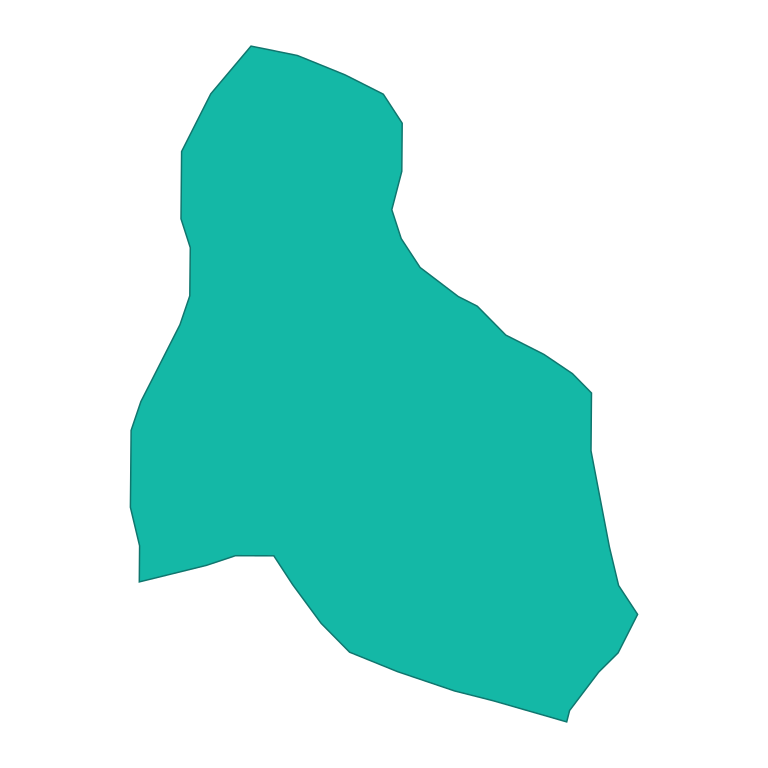 outline of Songhwa, Hwanghae-namdo, North Korea
{"feature_id": "82179303B30689671895320", "entity_name": "Songhwa", "entity_type": "district", "adm_level": 2, "iso_a3": "PRK", "parent_name": "North Korea", "parent_adm1": "Hwanghae-namdo", "projection": "robinson", "projection_center": [125.113, 38.357], "detail": "fine", "context": "isolated", "style": "filled", "palette": "teal", "viewbox_px": 768, "rotation_deg": 0, "n_neighbors": 0, "source": "geoboundaries", "source_scale": "gbopen_adm2", "svg_char_len": 715}
<svg xmlns="http://www.w3.org/2000/svg" viewBox="0 0 768 768"><path d="M566.7,721.9L569.6,710.5L598.7,672.1L618.1,652.9L637.6,614.4L618.6,585.5L609.4,547.0L600.2,498.9L591.0,450.8L591.4,402.7L591.5,393.0L572.5,373.7L543.9,354.4L505.8,335.1L477.3,306.2L458.2,296.5L420.1,267.5L401.2,238.6L391.8,209.7L401.8,171.3L402.2,123.2L383.3,94.2L345.1,74.9L297.4,55.5L251.0,46.1L210.8,93.8L181.6,151.5L181.0,218.8L190.3,247.7L189.8,295.8L180.0,324.6L150.7,382.3L140.9,401.5L131.1,430.4L130.7,478.5L130.4,507.3L139.6,545.8L139.3,581.9L168.1,574.8L206.6,565.3L235.4,555.7L273.8,555.8L292.7,584.7L321.1,623.3L349.6,652.2L397.4,671.6L454.7,691.0L493.0,700.7L566.7,721.9Z" fill="#14b8a6" stroke="#0f766e" stroke-width="1.5"/></svg>